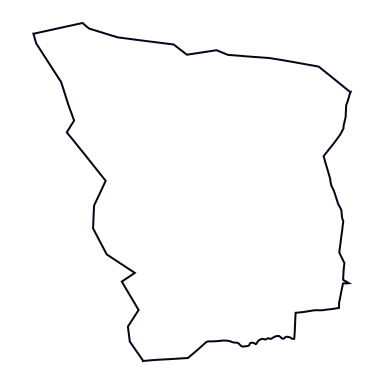 Songinoxairxan, Ulaanbaatar, Mongolia (Equal Earth projection)
{"feature_id": "93677404B95437285917288", "entity_name": "Songinoxairxan", "entity_type": "district", "adm_level": 2, "iso_a3": "MNG", "parent_name": "Mongolia", "parent_adm1": "Ulaanbaatar", "projection": "equal_earth", "projection_center": [106.709, 48.059], "detail": "fine", "context": "isolated", "style": "outline", "palette": "ink", "viewbox_px": 384, "rotation_deg": 0, "n_neighbors": 0, "source": "geoboundaries", "source_scale": "gbopen_adm2", "svg_char_len": 3156}
<svg xmlns="http://www.w3.org/2000/svg" viewBox="0 0 384 384"><path d="M142.9,361.0L151.8,360.2L159.2,359.7L172.0,359.0L184.6,358.2L188.0,358.0L189.9,356.3L195.4,351.7L199.2,348.4L204.9,343.3L206.8,341.7L208.4,341.4L211.9,341.4L214.6,341.3L218.8,341.0L221.7,340.7L223.0,340.5L226.6,340.6L229.5,341.1L230.0,341.2L232.2,342.1L233.9,342.5L235.5,342.6L237.3,342.8L238.8,343.5L239.8,344.7L241.1,345.9L242.6,346.6L245.7,346.3L247.2,346.1L248.6,345.7L249.3,345.0L250.0,343.4L250.6,343.0L252.3,342.6L253.5,343.0L254.9,343.5L255.5,344.1L256.3,343.9L257.2,342.4L258.2,340.9L259.1,340.1L260.0,339.8L260.6,339.3L261.9,338.9L263.3,339.0L265.4,339.5L266.7,339.0L267.8,338.3L268.5,338.3L269.7,338.7L270.5,338.8L271.4,338.7L273.4,337.4L275.6,336.3L277.7,336.0L279.0,336.0L280.2,336.8L281.1,337.6L282.2,338.6L283.2,338.7L284.2,338.3L285.7,336.9L286.3,336.8L287.5,336.8L288.2,336.9L290.0,337.4L292.2,338.8L293.4,338.9L294.2,338.8L294.3,338.2L294.6,333.8L294.8,331.1L294.9,326.9L295.0,326.1L295.1,323.7L295.3,318.8L295.5,314.8L295.6,312.8L296.1,312.8L300.6,312.3L301.7,312.2L304.2,311.9L309.2,311.1L311.8,310.7L313.4,310.4L316.2,310.2L321.9,310.3L326.8,309.6L331.5,309.1L334.9,308.6L339.0,307.9L339.1,307.7L339.0,306.1L339.1,303.8L339.1,302.5L339.7,299.9L340.6,295.3L341.6,290.1L342.7,285.0L343.0,283.4L343.3,283.3L346.5,283.4L348.9,283.2L345.7,281.3L343.1,279.8L343.1,279.4L343.4,274.3L343.5,272.5L343.6,270.4L344.1,265.6L344.4,263.1L343.6,261.5L342.4,258.9L341.4,257.0L340.2,254.4L339.3,252.5L339.7,248.9L340.7,241.7L341.4,235.7L342.1,231.1L342.7,225.7L343.2,222.0L343.3,221.3L342.4,218.7L342.1,218.0L342.0,217.3L341.7,213.9L341.4,210.6L341.3,209.8L341.0,209.2L339.9,207.2L338.3,204.3L338.2,203.9L338.0,203.4L336.9,200.1L335.6,196.0L334.3,192.0L333.9,190.9L332.9,188.8L331.5,185.9L331.3,185.5L330.8,183.1L330.6,182.4L330.2,179.1L330.1,178.5L328.9,174.4L328.0,171.3L326.4,165.9L325.1,161.6L324.2,158.1L323.9,157.2L323.6,156.2L324.1,155.6L325.3,154.0L327.0,151.9L328.4,150.1L328.9,149.4L330.6,147.4L331.8,145.9L335.1,141.6L337.0,139.1L340.7,133.8L341.2,132.8L342.3,130.7L343.4,128.5L343.5,128.4L343.5,126.4L344.0,124.1L345.6,117.1L345.7,116.4L345.8,113.0L346.1,107.3L346.2,105.2L346.9,103.3L347.5,101.7L347.9,100.5L348.9,97.1L349.8,94.0L350.1,93.4L350.6,92.0L350.3,92.1L350.2,92.1L347.7,90.0L323.7,70.6L318.7,66.6L293.6,62.1L281.1,59.9L269.0,58.0L252.4,56.8L245.5,56.3L240.2,55.8L228.1,54.9L227.8,54.8L224.6,53.5L217.2,50.5L216.6,50.2L205.4,51.9L202.9,52.3L188.3,54.5L187.1,54.7L186.9,54.7L180.9,50.1L173.7,44.5L141.0,40.4L131.8,39.2L118.1,37.4L117.8,37.4L104.1,33.2L103.5,33.0L89.2,28.6L87.7,27.4L86.7,26.6L82.5,23.0L67.0,26.4L33.7,33.7L33.4,33.7L33.5,34.2L33.6,34.3L36.2,43.4L51.2,66.7L53.2,69.8L61.2,82.2L68.3,104.6L70.6,110.9L74.1,120.5L73.6,121.4L70.5,126.3L66.8,132.4L71.1,137.6L73.3,140.3L74.9,142.3L86.1,156.2L97.2,170.2L105.7,180.8L97.8,197.7L94.4,204.8L94.1,205.6L93.6,215.2L93.1,228.5L94.1,230.3L96.6,235.2L96.7,235.3L98.2,238.2L105.7,252.5L106.7,254.3L106.8,254.4L107.0,254.6L134.8,272.9L134.0,273.5L133.3,273.9L121.8,281.6L138.6,310.0L127.9,326.6L129.8,341.6L142.8,360.3L143.0,360.7L142.9,360.9L142.9,361.0Z" fill="none" stroke="#020617" stroke-width="2"/></svg>